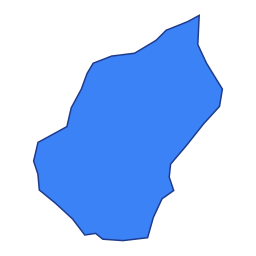 Tibro, Västra Götaland, Sweden
{"feature_id": "70781695B34872352941630", "entity_name": "Tibro", "entity_type": "district", "adm_level": 2, "iso_a3": "SWE", "parent_name": "Sweden", "parent_adm1": "Västra Götaland", "projection": "albers", "projection_center": [14.256, 58.478], "detail": "fine", "context": "isolated", "style": "filled", "palette": "blue", "viewbox_px": 256, "rotation_deg": 0, "n_neighbors": 0, "source": "geoboundaries", "source_scale": "gbopen_adm2", "svg_char_len": 515}
<svg xmlns="http://www.w3.org/2000/svg" viewBox="0 0 256 256"><path d="M173.7,190.5L169.2,177.1L170.6,164.1L186.5,145.4L203.7,123.7L219.5,106.4L222.4,89.1L206.5,63.2L197.8,44.6L199.2,15.4L187.7,21.6L166.2,30.2L156.1,40.3L134.6,53.2L111.5,56.1L93.2,63.2L87.1,73.4L81.3,89.2L71.2,107.9L66.9,126.6L38.0,142.4L33.6,161.1L37.9,174.1L39.3,190.0L55.2,203.0L72.5,218.9L84.8,235.0L95.6,233.4L102.8,239.2L123.0,240.6L147.6,237.7L153.3,217.5L162.0,198.8L173.7,190.5Z" fill="#3b82f6" stroke="#1e3a8a" stroke-width="1.5"/></svg>